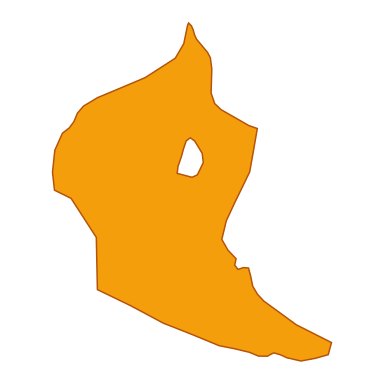 Şəki, Natural Earth projection
{"feature_id": "AZE-1727", "entity_name": "Şəki", "entity_type": "District", "adm_level": 1, "iso_a3": "AZE", "parent_name": "Azerbaijan", "parent_adm1": "", "projection": "natural_earth1", "projection_center": [47.21, 41.124], "detail": "fine", "context": "isolated", "style": "filled", "palette": "amber", "viewbox_px": 384, "rotation_deg": 0, "n_neighbors": 0, "source": "natural_earth", "source_scale": "10m", "svg_char_len": 1017}
<svg xmlns="http://www.w3.org/2000/svg" viewBox="0 0 384 384"><path d="M188.6,23.0L191.4,25.8L193.2,29.9L194.4,34.4L196.4,39.0L207.6,52.5L210.4,57.9L211.8,69.1L211.1,93.1L214.7,103.6L221.1,109.7L248.9,125.6L257.3,128.5L254.1,147.2L249.7,171.9L242.0,187.8L234.2,203.8L226.3,220.8L221.8,239.4L227.9,250.1L236.1,258.8L234.7,265.1L238.0,269.4L243.3,267.6L248.5,268.0L250.7,276.3L252.7,286.1L257.5,294.3L263.7,301.0L296.3,324.8L331.5,342.6L328.2,354.7L315.4,358.3L300.9,361.0L287.0,357.8L280.5,354.8L274.0,352.9L270.4,354.5L267.5,356.2L258.6,356.1L249.4,352.3L234.4,348.7L219.2,345.7L191.3,334.2L163.4,323.2L130.6,305.7L97.4,289.6L96.3,237.4L71.1,198.4L54.5,190.2L52.5,172.3L54.8,150.3L62.5,133.1L69.2,128.0L74.0,121.5L77.4,113.2L83.5,106.1L97.6,97.6L112.5,91.4L145.2,77.6L175.3,58.2L183.8,43.6L187.6,25.1L188.6,23.0ZM192.1,177.3L197.4,174.8L203.3,162.6L202.2,153.3L194.7,141.0L190.3,137.8L186.2,140.9L183.7,148.2L181.3,156.9L178.0,166.4L177.2,173.4L192.1,177.3Z" fill="#f59e0b" stroke="#b45309" stroke-width="1.5"/></svg>